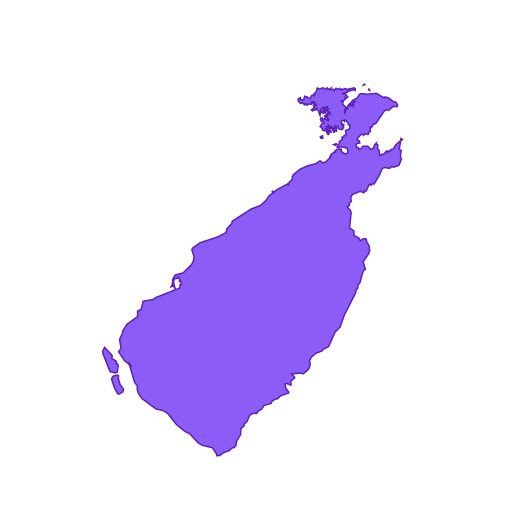 outline of Lombok Timur, Nusa Tenggara Barat, Indonesia, rotated 202°
{"feature_id": "22746128B55307338459902", "entity_name": "Lombok Timur", "entity_type": "district", "adm_level": 2, "iso_a3": "IDN", "parent_name": "Indonesia", "parent_adm1": "Nusa Tenggara Barat", "projection": "orthographic", "projection_center": [116.527, -8.592], "detail": "fine", "context": "isolated", "style": "filled", "palette": "violet", "viewbox_px": 512, "rotation_deg": 202, "n_neighbors": 0, "source": "geoboundaries", "source_scale": "gbopen_adm2", "svg_char_len": 6133}
<svg xmlns="http://www.w3.org/2000/svg" viewBox="0 0 512 512"><g transform="rotate(202 256 256)"><path d="M163.2,408.6L165.0,417.2L163.8,418.8L165.6,419.3L165.2,417.2L168.2,411.0L168.7,406.9L171.0,405.0L171.3,402.9L172.8,402.8L172.8,401.5L174.4,402.2L175.9,397.9L177.5,397.5L178.2,395.8L179.4,396.3L181.3,399.9L183.4,400.9L184.9,404.9L186.7,404.7L186.8,405.6L187.7,403.5L187.5,399.7L189.5,397.8L193.5,399.7L198.1,397.7L198.4,395.6L200.6,393.4L201.6,394.6L203.9,394.7L205.0,396.9L204.6,398.0L202.1,399.6L203.2,401.4L205.6,401.6L206.0,403.8L203.9,408.2L202.6,408.9L201.4,408.1L200.9,410.0L197.4,410.9L197.9,412.4L196.6,414.2L198.4,418.0L197.4,418.1L196.7,419.8L196.5,423.0L195.1,422.9L194.5,424.0L191.2,439.0L189.6,440.5L187.5,440.9L184.6,446.3L181.2,447.2L181.2,449.0L183.9,451.0L186.6,450.6L191.9,452.2L195.9,451.9L196.0,451.0L197.3,450.7L205.2,452.0L213.3,447.7L219.4,446.0L220.6,444.7L221.3,440.5L224.8,436.3L226.0,431.2L223.1,432.3L223.4,434.9L221.5,437.2L223.0,434.7L221.7,431.1L223.2,431.7L225.3,430.4L226.5,431.6L227.1,429.6L226.2,427.4L226.5,426.6L227.3,427.2L227.3,422.1L228.3,423.7L228.5,427.6L232.6,429.3L233.1,432.0L234.6,431.7L231.7,434.8L232.8,436.3L231.3,436.3L230.4,437.9L233.8,439.6L237.2,438.8L232.7,441.9L233.7,444.3L231.5,443.6L228.5,446.4L226.1,446.6L226.5,448.2L228.1,448.7L233.5,444.8L236.2,444.6L238.3,442.2L238.9,443.0L239.7,442.1L241.5,442.7L242.3,441.1L244.6,441.5L245.3,438.7L247.1,439.6L248.5,438.2L249.5,438.6L249.4,439.7L250.8,437.7L253.0,438.6L253.6,436.5L256.5,437.2L259.9,434.6L262.1,434.7L261.7,431.2L262.8,428.2L261.9,428.3L261.9,427.2L262.5,426.1L263.5,426.6L264.6,425.6L264.7,422.8L266.6,421.8L267.6,422.7L270.7,422.4L270.3,418.7L273.2,417.6L274.2,419.4L275.6,417.6L275.4,416.2L273.1,414.4L271.6,414.2L270.6,415.7L268.0,414.4L268.2,415.4L265.1,415.0L265.5,416.1L261.6,417.4L261.2,419.3L262.3,419.8L259.6,420.7L260.2,419.3L259.0,418.9L259.2,418.0L257.4,419.4L256.5,418.3L258.4,416.5L257.9,414.7L259.4,412.3L258.1,411.7L256.0,413.5L256.7,414.7L255.0,414.6L254.8,415.5L253.8,414.2L250.8,413.6L250.7,415.9L249.4,413.7L251.3,412.3L249.3,410.3L249.9,412.6L247.8,415.2L247.2,413.4L245.3,415.0L246.3,415.8L245.6,416.4L249.5,417.9L249.3,419.3L246.9,418.5L246.9,420.8L245.3,421.0L245.4,419.8L244.0,419.5L245.6,417.9L243.6,417.0L243.3,415.7L242.1,417.2L240.4,415.7L241.8,416.0L242.7,413.8L242.1,412.6L244.0,413.5L243.4,411.9L245.5,411.5L241.4,410.5L240.7,409.4L239.6,409.9L239.5,408.7L241.9,408.4L243.8,409.5L244.5,407.4L246.3,408.8L247.3,408.1L247.6,407.0L245.7,405.1L244.8,406.2L242.8,405.0L244.2,403.7L245.1,400.1L242.5,399.2L241.2,397.5L237.9,398.3L235.3,395.8L234.1,395.9L234.3,398.4L236.2,398.4L238.9,400.1L237.9,400.7L237.5,400.0L232.6,399.0L232.6,399.4L237.0,402.4L239.0,402.3L237.5,403.5L238.0,404.5L234.6,402.5L233.5,402.5L234.3,404.2L232.5,403.1L231.1,403.5L232.3,401.8L229.5,399.5L230.5,401.8L228.1,401.8L229.4,405.0L230.2,404.3L231.7,406.1L228.3,406.9L227.2,404.9L223.7,405.2L222.8,407.6L223.6,407.6L223.6,409.3L225.1,409.7L223.9,410.4L226.9,411.3L227.1,413.6L225.4,414.7L224.3,414.0L224.6,415.4L223.6,415.6L220.2,413.6L219.7,412.3L217.9,412.3L216.8,409.0L220.0,405.7L217.8,402.6L219.5,400.7L219.0,398.9L220.8,398.5L219.7,396.4L221.6,393.3L220.8,390.5L221.7,387.4L219.5,387.8L218.0,389.2L211.9,390.1L209.6,386.9L210.3,384.8L212.5,384.0L216.2,385.0L217.0,387.0L220.3,385.8L221.6,384.1L222.3,382.0L221.6,382.0L224.0,379.3L224.0,375.8L224.5,376.5L224.5,373.9L226.7,369.2L229.3,367.2L231.5,368.3L232.8,367.7L235.1,364.0L241.9,359.0L247.6,353.1L251.6,346.0L252.1,343.3L251.1,340.8L253.7,334.6L251.9,333.8L254.2,334.0L261.8,324.9L262.8,322.2L264.5,322.6L265.1,321.6L263.8,320.8L266.3,317.1L267.5,311.6L270.5,304.9L278.3,297.5L291.0,279.5L290.7,277.1L293.3,270.1L292.6,266.5L298.1,259.9L312.8,247.3L317.6,239.9L317.9,237.8L313.3,232.4L312.2,228.2L312.5,224.1L317.2,213.1L323.9,208.1L324.5,203.4L322.9,198.6L323.1,195.7L321.7,197.2L320.8,196.9L319.3,195.6L318.8,195.5L323.0,201.4L323.0,204.4L320.7,205.6L320.4,207.3L316.9,205.1L317.7,203.9L315.8,203.6L314.6,201.9L315.7,200.8L314.7,197.8L333.6,179.7L334.8,177.3L343.7,171.8L342.5,163.4L345.2,160.6L343.1,155.4L350.0,144.6L351.5,136.5L350.8,134.4L351.3,127.6L346.5,119.9L347.6,115.8L338.6,109.6L334.2,108.4L333.4,108.5L335.2,109.4L333.4,109.0L330.7,107.5L330.6,106.1L332.8,108.1L334.1,108.2L332.4,107.5L321.4,93.6L317.2,90.9L316.2,87.7L313.5,84.5L308.4,81.1L291.4,76.7L284.0,77.9L279.0,77.0L266.4,69.8L256.0,66.7L250.8,66.3L239.8,61.1L234.9,60.4L224.6,61.9L218.3,57.6L217.6,56.1L214.9,57.4L212.3,61.7L208.0,65.4L206.2,69.2L204.7,69.9L203.6,72.5L204.6,76.9L203.4,84.8L205.4,90.3L203.4,93.9L203.9,95.8L202.3,99.4L202.2,105.9L199.7,109.1L196.4,110.3L195.6,113.2L193.3,116.2L192.7,120.3L186.7,125.1L186.9,127.0L184.6,130.5L182.6,131.6L180.7,135.8L174.5,141.0L174.6,142.1L179.2,144.9L181.0,148.4L179.7,149.4L175.2,149.3L176.8,153.0L174.4,157.7L178.7,160.0L170.5,164.3L168.2,164.3L165.6,169.0L164.7,171.8L165.2,176.3L167.0,178.2L166.9,182.6L164.1,188.2L159.5,192.4L158.3,195.3L154.8,199.0L154.2,215.0L151.4,221.6L152.0,234.4L149.8,259.2L150.5,262.5L149.5,264.5L150.6,266.7L149.6,270.3L150.9,280.3L150.5,283.9L149.6,284.6L154.5,290.8L152.3,300.7L152.6,303.7L155.3,308.2L158.4,310.3L160.3,313.1L162.8,312.3L165.1,309.1L167.4,311.2L172.7,311.8L174.7,315.9L179.8,317.1L184.0,331.8L185.9,333.9L190.1,335.7L188.3,337.9L189.3,339.4L188.1,342.4L190.1,345.7L189.7,349.2L183.6,355.0L179.6,355.1L179.9,357.1L178.2,357.5L177.8,365.0L175.7,364.8L175.7,366.2L173.4,367.1L171.8,377.6L171.8,384.4L170.0,386.2L164.9,387.3L163.7,390.1L161.8,389.8L157.5,393.5L157.4,400.3L159.6,402.8L160.9,408.2L163.2,408.6ZM348.0,94.1L342.8,94.8L341.2,96.3L342.7,102.8L344.1,104.1L344.8,103.7L346.4,106.2L351.2,106.9L352.0,109.8L362.2,114.6L362.5,110.5L361.5,108.3L348.0,94.1ZM337.4,80.3L332.5,76.4L331.3,76.6L328.6,80.0L328.9,82.9L333.9,86.0L338.0,91.2L338.4,93.3L340.1,93.6L343.6,90.9L343.9,87.8L337.4,80.3ZM239.9,389.5L238.2,390.2L239.3,392.4L241.1,390.7L239.9,389.5ZM225.7,388.4L223.6,388.4L222.8,389.9L223.7,390.2L225.7,388.4ZM212.8,452.2L213.8,453.1L213.9,452.2L212.8,452.2ZM220.0,455.9L220.3,454.7L219.3,455.6L220.0,455.9Z" fill="#8b5cf6" stroke="#5b21b6" stroke-width="1.5"/></g></svg>